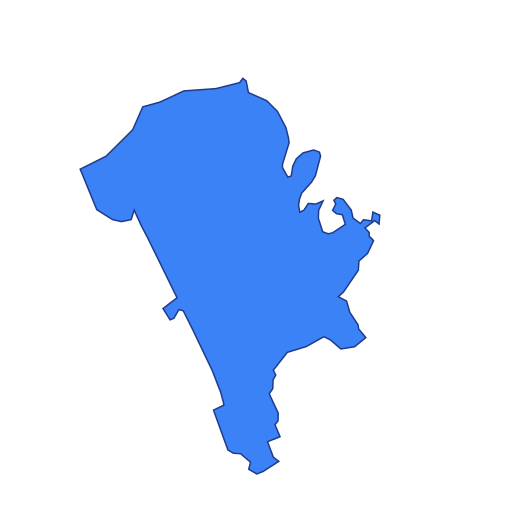 Barceloneta, Puerto Rico (Albers equal-area conic projection), rotated 328°
{"feature_id": "32010507B67293545491700", "entity_name": "Barceloneta", "entity_type": "district", "adm_level": 2, "iso_a3": "PRI", "parent_name": "Puerto Rico", "parent_adm1": "", "projection": "albers", "projection_center": [-66.554, 18.44], "detail": "fine", "context": "isolated", "style": "filled", "palette": "blue", "viewbox_px": 512, "rotation_deg": 328, "n_neighbors": 0, "source": "geoboundaries", "source_scale": "gbopen_adm2", "svg_char_len": 1818}
<svg xmlns="http://www.w3.org/2000/svg" viewBox="0 0 512 512"><g transform="rotate(328 256 256)"><path d="M152.9,89.2L152.2,93.6L145.6,131.9L145.5,132.3L153.6,149.1L160.2,155.6L169.4,159.0L177.0,152.5L174.8,169.3L173.7,183.8L166.9,249.6L156.9,250.5L149.3,251.3L149.3,264.6L153.4,265.3L161.6,260.9L162.1,260.6L165.3,263.9L163.2,285.8L158.1,330.7L154.8,347.5L154.0,352.4L150.9,362.5L149.8,365.4L138.3,364.2L137.9,365.9L129.4,405.6L132.3,411.2L138.2,415.6L142.1,428.0L136.8,433.0L141.2,441.3L145.7,442.1L147.9,442.5L166.5,442.2L164.1,435.8L167.4,419.6L180.6,422.0L182.7,409.1L187.3,407.5L191.6,401.0L194.2,379.8L199.9,377.4L204.8,370.1L209.7,367.4L210.2,362.0L231.5,354.3L250.6,359.4L270.8,360.4L274.6,366.5L278.7,379.8L291.5,385.2L305.9,383.4L304.4,372.4L306.1,368.2L305.7,353.4L307.0,349.1L308.9,342.2L304.2,334.1L311.1,332.9L335.2,322.3L340.7,314.8L352.0,312.9L363.7,305.4L363.8,305.2L363.3,302.4L362.4,299.4L364.5,296.0L363.2,289.9L375.4,288.9L377.3,294.1L382.6,287.0L378.4,280.7L372.7,287.5L366.4,282.2L361.8,283.8L358.4,275.3L361.1,267.5L359.9,254.2L355.6,249.3L351.6,250.0L351.2,254.2L345.2,257.9L346.6,262.7L351.1,266.8L348.5,276.5L333.1,276.9L329.0,275.4L325.4,270.8L328.9,257.0L333.4,250.4L342.1,244.8L334.4,243.7L328.2,239.1L321.0,242.5L316.3,242.1L319.0,235.5L323.0,230.9L328.0,226.9L342.2,222.8L348.8,219.5L363.7,205.5L364.8,201.5L361.0,196.6L350.5,193.5L341.6,195.0L334.9,199.2L328.3,206.8L324.8,206.0L325.3,195.2L326.4,193.2L327.8,191.6L344.1,177.5L346.1,173.1L349.4,163.0L350.8,144.7L347.4,130.0L336.2,113.4L340.4,102.3L339.0,98.3L334.0,100.3L324.3,97.2L314.1,93.9L312.6,93.4L310.7,92.8L283.7,78.5L282.4,77.8L277.9,77.2L260.5,75.1L255.8,74.5L239.1,69.5L236.4,71.3L218.3,83.6L207.4,86.1L206.1,86.4L185.3,91.1L181.7,91.9L178.5,91.6L152.9,89.2Z" fill="#3b82f6" stroke="#1e3a8a" stroke-width="1.5"/></g></svg>